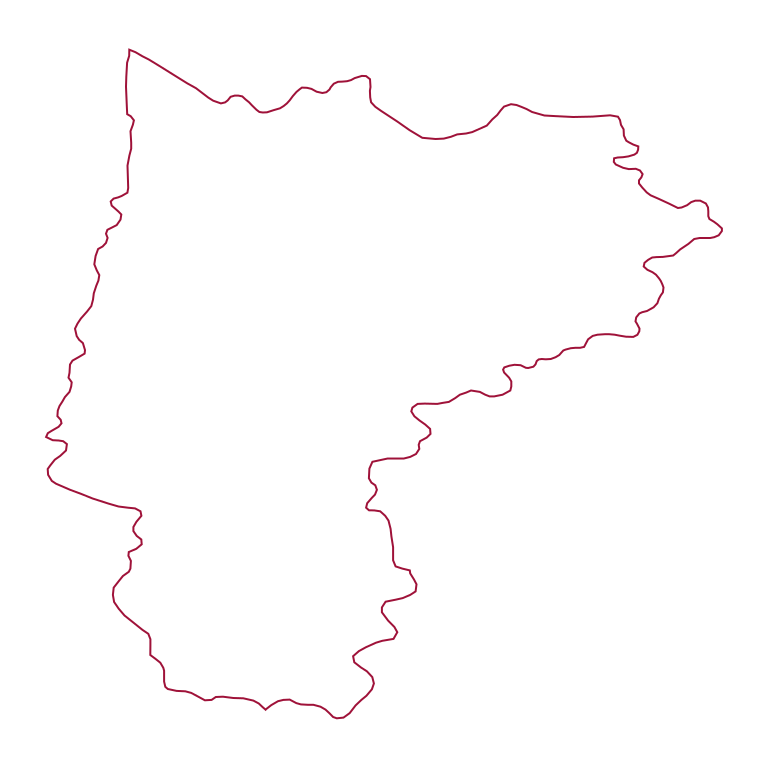 outline of Kapyl, Minsk, Belarus
{"feature_id": "67162791B49789732024983", "entity_name": "Kapyl", "entity_type": "district", "adm_level": 2, "iso_a3": "BLR", "parent_name": "Belarus", "parent_adm1": "Minsk", "projection": "robinson", "projection_center": [27.145, 53.093], "detail": "fine", "context": "isolated", "style": "outline", "palette": "rose", "viewbox_px": 768, "rotation_deg": 0, "n_neighbors": 0, "source": "geoboundaries", "source_scale": "gbopen_adm2", "svg_char_len": 5277}
<svg xmlns="http://www.w3.org/2000/svg" viewBox="0 0 768 768"><path d="M409.8,570.4L402.3,568.6L395.6,566.4L393.1,560.3L393.1,547.2L391.4,536.3L390.6,528.9L388.5,520.6L385.2,515.8L380.2,511.3L374.2,510.4L369.0,510.3L366.1,507.7L367.2,503.2L371.9,497.8L375.0,494.6L376.9,489.8L375.3,485.3L371.4,482.6L368.9,478.3L369.4,468.6L372.4,461.8L387.7,458.5L396.4,458.5L403.9,458.5L410.2,456.9L416.0,454.0L419.3,448.9L418.7,444.8L420.0,441.2L426.7,437.6L430.5,433.9L430.1,428.9L425.2,424.5L419.4,420.4L414.4,416.3L411.3,411.4L412.4,407.6L417.6,403.9L424.6,403.6L437.3,403.9L442.6,402.9L448.9,401.9L455.2,398.1L459.9,394.7L466.1,392.6L471.0,390.5L479.9,391.9L485.2,394.7L489.6,396.4L494.2,396.4L502.6,394.7L510.3,390.5L511.3,386.5L511.3,381.4L509.1,377.7L504.1,372.5L503.1,369.6L504.3,367.4L509.4,365.7L514.5,364.8L520.6,365.2L525.9,367.8L528.2,368.0L533.4,366.7L535.5,364.4L536.7,361.1L538.7,359.4L541.8,359.0L545.7,359.3L550.8,359.0L555.6,357.2L559.3,355.0L561.4,352.6L563.3,350.5L565.5,349.6L570.8,348.2L575.4,347.8L580.1,347.8L584.1,346.9L586.4,342.5L588.1,339.3L592.7,335.9L597.5,334.7L605.0,334.2L609.1,334.2L614.7,334.7L619.3,335.6L626.0,336.7L633.3,336.9L637.4,334.8L639.3,331.3L639.5,328.6L636.9,323.6L635.5,321.4L636.2,317.4L639.3,313.5L642.2,312.2L647.0,311.0L653.6,307.3L657.4,303.2L658.9,298.8L660.8,295.3L662.9,292.4L663.5,287.5L662.4,284.5L660.8,281.0L659.2,278.6L656.0,274.7L652.5,272.2L647.4,269.8L643.7,266.5L644.5,262.8L648.2,259.8L652.2,257.5L656.5,257.1L662.9,256.9L673.2,255.5L675.9,253.3L680.2,249.4L688.4,243.9L694.2,239.0L699.6,238.0L703.6,238.0L710.2,238.0L714.2,237.2L718.7,235.3L721.9,231.0L721.9,228.4L717.4,224.3L713.9,221.7L709.4,219.0L708.3,216.2L708.3,211.3L708.0,207.4L705.9,203.5L700.3,200.7L695.2,200.7L691.2,202.1L687.1,205.2L681.6,207.5L677.9,208.0L669.0,203.6L658.6,198.8L650.6,195.3L646.7,192.4L642.3,187.6L639.0,183.5L639.0,180.3L641.4,177.3L642.6,174.1L640.0,170.5L635.8,168.8L628.8,169.1L623.1,167.8L615.8,164.5L613.8,161.9L614.1,158.3L617.7,157.5L623.0,157.2L628.4,156.4L634.4,154.6L636.9,152.8L638.1,149.7L638.3,146.4L633.3,144.6L628.7,142.2L626.3,140.7L623.9,135.6L623.6,129.3L621.0,124.9L620.0,120.1L618.5,117.6L618.0,116.7L610.1,115.3L592.6,116.6L573.2,117.0L555.0,116.1L544.4,115.5L538.4,113.8L532.1,112.0L526.5,109.0L521.2,106.8L516.5,105.0L511.0,104.2L504.0,106.6L500.6,110.5L497.2,115.0L492.3,119.4L486.8,125.6L472.2,132.1L466.1,133.5L457.2,134.4L450.9,136.8L443.8,138.6L435.6,139.0L422.3,137.8L409.5,130.1L397.1,121.4L381.1,110.9L375.3,106.8L371.1,102.3L370.2,97.4L369.9,90.8L370.5,87.0L370.0,79.2L366.1,76.1L361.9,75.9L354.7,78.1L351.0,80.1L347.1,81.2L342.5,81.6L338.0,81.8L333.8,83.7L330.7,87.3L329.5,89.5L326.4,92.2L322.4,93.0L316.6,91.7L311.5,88.9L307.0,87.8L301.9,87.6L299.6,89.3L296.5,91.9L292.9,96.0L289.7,100.3L286.9,103.4L283.7,106.0L280.0,108.3L273.5,110.2L267.0,112.3L262.8,112.5L259.4,112.0L256.5,109.8L251.9,105.3L249.1,102.3L245.4,99.3L242.3,96.4L238.3,95.6L234.7,95.6L230.6,96.8L227.7,100.4L225.1,102.4L220.9,103.4L213.2,100.7L208.3,97.6L196.0,88.2L187.2,83.3L172.9,74.4L159.6,66.1L148.8,59.5L142.3,56.2L135.5,52.2L129.3,49.7L129.2,55.8L127.1,62.7L126.3,76.7L126.0,86.7L126.8,105.8L127.2,114.2L130.7,116.2L133.9,120.3L132.9,124.7L130.5,131.2L131.2,142.8L131.2,148.7L129.4,155.5L127.5,165.6L128.2,188.0L127.4,192.7L121.6,196.0L118.1,197.4L113.6,198.6L110.7,201.5L111.7,205.6L114.9,208.4L118.6,211.7L121.3,214.5L120.5,219.6L116.7,225.1L112.2,227.4L107.4,229.8L106.0,233.7L107.6,237.9L106.0,242.9L102.6,246.5L98.1,249.0L95.6,256.0L94.3,264.3L96.8,270.4L99.3,275.1L98.4,280.6L96.3,285.7L93.8,293.3L93.0,299.7L91.3,306.1L87.1,311.5L80.9,318.5L77.5,323.6L75.0,328.7L76.7,336.1L79.2,339.9L82.9,343.1L85.0,350.1L84.6,353.6L78.7,357.1L72.5,360.6L70.0,364.5L69.5,372.8L68.5,377.7L71.7,382.3L71.2,386.4L69.5,391.9L64.9,397.1L62.4,401.5L59.5,406.0L57.8,410.5L57.4,416.2L60.7,419.8L61.5,423.3L58.6,426.8L51.5,430.9L47.8,433.2L46.1,437.0L52.7,440.2L58.6,440.5L63.2,441.2L66.9,444.1L66.0,450.5L60.2,455.9L54.8,459.7L50.2,465.5L47.7,469.0L48.1,474.8L51.8,480.9L56.0,483.7L70.1,489.8L81.4,494.0L92.6,498.5L108.5,503.6L118.5,506.5L128.0,507.7L135.1,508.4L140.5,511.3L141.4,515.8L136.4,521.8L133.4,527.0L133.4,531.1L136.7,535.9L141.3,539.5L141.7,544.3L136.3,548.8L128.8,552.0L128.4,555.8L130.9,560.9L130.4,568.6L128.8,571.8L122.9,576.0L118.8,581.1L113.7,587.6L112.9,594.9L114.1,602.0L118.7,608.7L124.5,615.5L132.9,622.2L142.5,629.9L148.3,633.8L150.4,639.2L150.4,645.0L150.3,655.0L155.8,659.1L160.3,662.7L163.3,667.8L164.1,670.7L164.1,675.8L164.1,681.6L165.3,686.8L167.8,689.0L176.6,690.9L185.3,691.3L191.2,692.9L198.3,696.7L204.9,700.3L211.6,699.9L215.8,697.0L222.9,696.7L233.3,698.0L243.3,698.3L253.4,700.6L258.8,703.5L262.5,707.0L265.6,709.7L265.9,709.3L271.3,705.1L278.0,701.2L283.4,699.9L289.7,699.6L296.3,703.1L300.9,704.4L308.0,704.8L313.4,704.8L320.5,706.7L325.5,709.6L329.3,713.1L333.1,717.0L336.8,718.3L343.5,717.6L349.7,713.1L355.6,705.4L361.4,699.9L366.4,695.8L371.9,689.3L373.9,683.5L372.3,677.1L366.9,671.3L361.0,667.5L354.3,662.3L353.1,656.2L358.9,651.1L366.0,647.2L376.0,642.7L382.3,640.8L393.5,638.9L397.3,632.2L394.4,627.0L388.1,620.6L381.9,612.3L381.9,607.4L385.6,601.7L395.6,599.7L402.7,598.1L410.2,594.9L415.6,591.4L416.5,584.3L414.0,579.5L410.2,573.4L409.8,570.4Z" fill="none" stroke="#9f1239" stroke-width="2"/></svg>